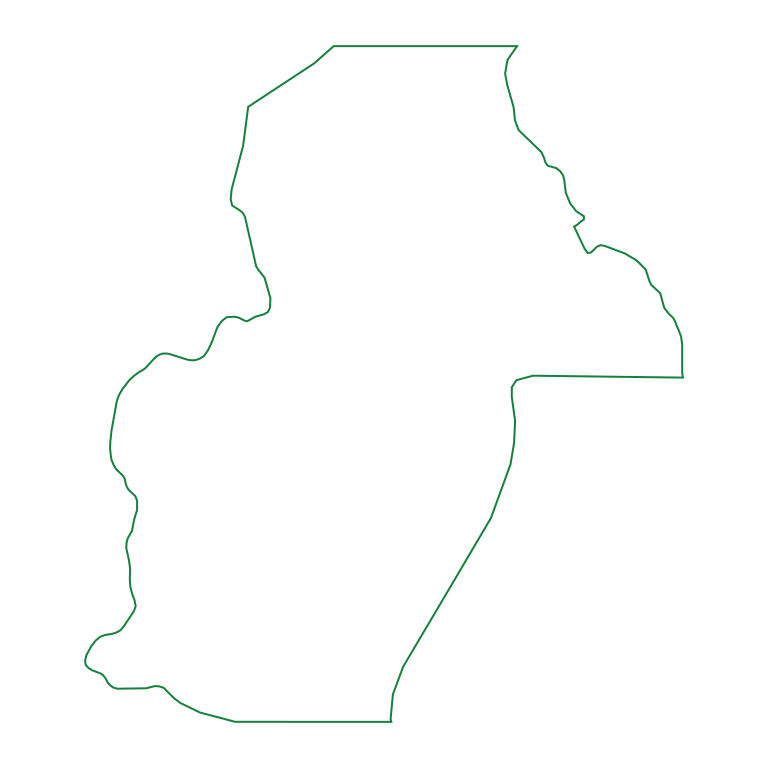 the District of Nkhata Bay
{"feature_id": "MWI-1901", "entity_name": "Nkhata Bay", "entity_type": "District", "adm_level": 1, "iso_a3": "MWI", "parent_name": "Malawi", "parent_adm1": "", "projection": "robinson", "projection_center": [34.193, -11.585], "detail": "fine", "context": "isolated", "style": "outline", "palette": "green", "viewbox_px": 768, "rotation_deg": 0, "n_neighbors": 0, "source": "natural_earth", "source_scale": "10m", "svg_char_len": 2103}
<svg xmlns="http://www.w3.org/2000/svg" viewBox="0 0 768 768"><path d="M517.1,46.1L507.5,59.9L505.1,73.6L507.2,84.8L513.6,107.2L515.0,120.5L518.6,130.1L541.4,152.1L543.9,157.5L545.4,162.3L547.7,165.7L556.3,168.1L560.1,171.1L563.1,175.4L564.3,180.3L565.8,192.7L570.1,203.3L576.3,211.3L583.9,216.2L583.9,219.5L581.1,221.3L576.9,225.0L574.1,226.6L584.7,248.9L587.7,253.0L590.9,252.6L597.0,246.7L600.5,245.2L604.5,245.8L625.1,253.6L636.7,260.5L645.7,269.5L649.3,280.8L651.3,284.9L660.2,293.2L664.3,308.0L668.8,313.7L673.3,318.1L675.4,322.1L676.5,325.3L678.7,330.2L681.1,336.7L682.2,344.6L682.2,372.9L682.9,377.6L532.9,375.7L516.4,380.2L511.8,387.2L511.8,397.1L515.1,420.8L514.1,442.8L510.5,464.3L491.0,517.9L454.6,579.7L403.1,666.8L392.9,694.4L390.6,718.9L391.3,721.9L391.2,721.9L235.0,721.8L199.9,712.5L180.4,703.0L173.9,698.1L163.8,687.9L159.1,686.3L154.9,686.1L146.0,688.3L117.4,688.7L113.4,687.6L110.2,685.4L107.6,682.3L105.5,678.3L103.2,675.3L100.4,673.4L92.4,670.4L88.6,668.1L85.7,665.0L85.1,660.6L86.4,655.2L91.1,646.5L95.8,640.4L100.3,636.7L105.2,634.9L110.4,634.2L115.6,632.9L120.4,630.3L124.0,626.0L133.9,611.2L135.7,606.1L134.4,599.7L132.3,594.3L130.5,587.6L129.8,580.0L130.1,569.0L129.1,561.0L126.3,548.2L126.5,543.1L127.7,538.4L132.0,530.8L134.1,519.7L137.1,509.9L137.1,500.7L135.3,496.1L128.6,489.8L126.6,486.4L125.5,482.7L124.8,479.2L123.7,476.7L122.2,475.0L116.5,469.6L113.6,465.1L111.5,459.8L110.6,454.0L110.1,448.4L110.3,442.0L111.5,430.6L116.9,400.7L119.2,394.6L122.7,388.7L129.7,379.7L134.9,375.1L139.6,371.8L142.4,370.3L145.3,368.2L155.5,357.2L159.3,354.7L163.0,353.5L166.7,353.5L169.3,354.0L188.3,359.9L191.7,360.3L195.5,360.1L200.0,358.5L204.1,355.9L208.0,350.2L211.7,342.4L217.2,327.6L221.7,321.1L226.7,317.2L234.2,316.7L236.5,317.1L239.4,318.0L244.3,320.5L246.6,321.3L248.4,320.6L255.1,316.8L263.9,314.3L268.0,311.9L270.0,307.4L270.4,298.2L264.6,277.8L258.1,269.5L256.1,266.2L245.0,216.8L242.5,212.6L239.1,209.9L232.1,205.5L230.7,199.2L231.6,189.5L243.1,145.8L248.2,106.8L314.4,63.2L333.7,46.1L514.7,46.1L516.9,46.1L517.1,46.1Z" fill="none" stroke="#15803d" stroke-width="2"/></svg>